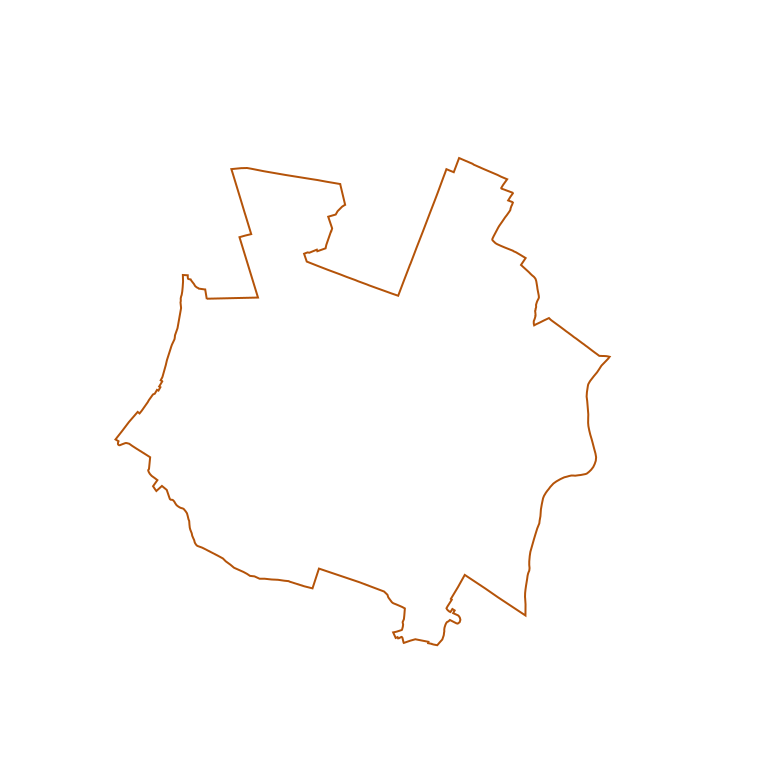 Hotarele, Giurgiu, Romania (orthographic projection), rotated 124°
{"feature_id": "2599482B11707962616548", "entity_name": "Hotarele", "entity_type": "district", "adm_level": 2, "iso_a3": "ROU", "parent_name": "Romania", "parent_adm1": "Giurgiu", "projection": "orthographic", "projection_center": [26.375, 44.157], "detail": "fine", "context": "isolated", "style": "outline", "palette": "amber", "viewbox_px": 768, "rotation_deg": 124, "n_neighbors": 0, "source": "geoboundaries", "source_scale": "gbopen_adm2", "svg_char_len": 6154}
<svg xmlns="http://www.w3.org/2000/svg" viewBox="0 0 768 768"><g transform="rotate(124 384 384)"><path d="M406.1,611.7L411.4,607.9L416.4,605.0L420.1,603.0L423.4,601.5L424.7,601.2L426.7,600.4L428.8,598.9L430.2,598.3L434.5,594.7L453.2,586.4L460.5,584.5L462.5,583.4L464.1,582.7L470.0,581.8L472.7,581.1L473.6,580.8L485.6,577.3L490.3,575.5L502.1,571.6L505.8,571.2L505.7,569.5L505.8,569.3L511.8,569.0L511.7,567.6L515.6,567.3L515.8,568.9L520.2,568.6L521.9,569.7L529.0,569.9L531.0,569.7L541.7,569.9L545.1,570.2L544.9,572.6L558.1,574.2L569.0,574.8L580.1,575.6L579.9,572.1L581.0,571.8L581.8,571.5L582.6,570.9L582.9,570.3L582.9,569.5L582.5,568.8L580.0,567.1L578.9,566.3L577.5,565.3L576.9,564.4L576.0,561.8L576.1,558.0L576.0,552.9L575.6,541.2L575.5,537.4L575.5,536.9L585.7,531.4L586.1,531.3L587.1,531.3L587.3,531.3L587.6,531.0L588.2,530.3L588.7,529.4L589.4,528.0L589.8,526.5L590.1,525.2L590.2,521.6L590.4,518.1L597.9,518.3L599.3,514.9L600.0,512.9L592.7,511.1L593.3,504.9L598.3,498.3L599.1,497.2L599.2,496.2L598.4,494.7L598.3,494.2L598.4,493.4L598.8,492.0L599.6,490.4L600.4,488.4L600.6,486.9L600.6,485.3L600.5,483.9L600.3,483.0L599.7,481.2L599.6,480.2L600.0,478.8L600.5,477.1L601.4,475.0L603.2,472.9L605.5,470.4L606.5,468.9L609.2,466.8L611.7,464.7L613.1,463.1L614.0,461.8L615.3,459.9L617.0,458.2L618.5,455.9L619.5,454.2L620.2,453.4L621.1,452.4L621.7,451.4L622.4,449.6L622.6,448.2L621.4,443.5L621.1,441.4L619.2,425.2L618.7,420.0L619.5,416.0L619.7,410.3L620.2,405.6L618.4,395.4L618.0,391.3L618.0,387.8L615.9,383.8L615.0,378.2L612.1,373.9L609.0,368.0L605.6,362.4L602.8,356.6L600.7,352.7L600.7,351.9L596.3,337.0L593.4,329.0L573.4,334.7L562.2,294.0L556.0,267.9L556.8,263.3L558.5,261.1L560.5,255.5L560.6,254.1L560.4,252.9L559.8,250.2L558.7,244.3L558.4,241.2L564.6,237.7L567.8,236.0L571.0,235.4L572.3,234.1L572.9,233.5L573.7,233.2L574.6,232.7L577.5,231.7L578.0,231.7L582.2,235.0L583.6,236.3L584.4,237.1L584.8,237.5L588.0,232.3L586.3,231.2L587.0,230.1L586.5,229.5L584.0,228.2L583.8,227.9L583.9,227.5L584.0,227.0L584.2,226.7L587.5,223.1L587.6,222.8L582.0,218.6L578.1,215.3L572.9,203.0L574.2,202.5L572.8,199.3L572.9,199.2L572.3,197.3L571.0,194.3L570.8,193.8L570.2,193.7L567.5,193.4L563.2,192.8L559.1,193.9L558.2,194.3L556.7,195.1L555.5,195.6L553.8,196.8L552.1,197.6L551.1,197.9L549.4,198.4L547.7,198.7L546.3,198.7L544.6,197.8L542.8,197.4L541.9,190.1L541.4,188.9L539.2,188.1L538.4,188.3L536.8,188.8L535.5,190.2L534.7,191.7L534.4,193.2L534.9,196.1L535.3,198.5L532.2,198.8L532.3,201.5L535.9,201.4L536.1,202.5L535.9,204.5L535.6,205.7L535.0,206.8L532.8,207.0L528.1,207.1L524.9,207.2L524.8,208.4L511.0,209.1L497.1,210.3L496.9,185.5L497.1,170.3L496.8,137.3L487.6,143.4L482.8,147.1L481.7,148.0L478.4,150.1L475.2,151.8L471.7,153.5L465.6,156.3L462.8,157.7L460.7,158.5L459.2,158.9L458.0,159.1L457.3,159.3L455.2,160.4L452.8,162.4L449.8,164.4L445.1,167.0L441.3,168.8L428.8,172.9L423.0,174.7L418.0,176.2L414.2,177.0L412.7,177.3L410.2,178.6L406.1,180.4L400.2,183.8L395.3,186.0L389.9,188.2L388.6,188.5L387.2,188.8L383.5,189.0L380.9,188.9L379.0,188.7L376.4,188.6L371.8,187.9L368.3,186.6L364.1,184.5L360.6,182.4L358.6,180.6L356.8,179.1L355.2,177.6L354.1,176.0L353.1,174.2L351.2,172.1L349.4,170.0L345.9,166.5L344.7,165.7L343.7,165.4L342.1,164.9L339.2,164.3L335.8,164.1L332.5,164.6L329.2,165.5L326.1,167.2L323.4,169.8L319.6,174.2L316.4,177.8L313.8,180.8L310.7,184.6L307.7,187.9L304.6,191.0L302.0,193.1L297.7,195.9L295.0,197.6L284.5,206.0L281.1,209.0L277.3,211.2L271.6,213.9L270.1,214.5L268.1,214.7L266.1,214.8L260.0,214.4L255.3,213.9L251.8,213.9L247.2,214.0L237.6,212.3L235.3,212.2L235.9,213.8L236.6,215.3L237.8,217.3L238.9,219.0L240.3,221.3L240.1,224.9L240.1,225.9L239.9,230.0L239.7,233.4L239.5,236.7L239.5,237.8L239.3,240.8L239.3,242.2L239.2,244.2L239.0,248.2L238.9,250.0L238.9,252.7L238.7,255.3L238.4,263.1L238.3,264.2L238.0,270.2L237.6,281.0L237.5,281.9L237.1,284.1L238.1,284.7L241.8,286.9L246.1,289.3L249.6,291.4L251.4,292.3L250.9,292.9L250.5,293.3L249.8,293.9L248.1,295.0L246.6,295.3L245.1,295.7L243.0,296.4L242.9,296.7L242.3,296.8L241.7,297.2L241.0,297.8L240.0,298.6L238.9,299.6L238.2,299.7L237.7,299.8L237.2,300.3L236.3,300.5L235.6,300.7L235.0,301.0L234.3,301.5L233.8,301.9L233.4,302.2L231.2,302.9L230.1,303.2L229.0,303.4L227.9,303.5L227.0,303.6L225.8,303.9L225.2,304.3L224.1,305.2L222.9,306.4L219.3,310.0L217.8,311.3L214.3,314.6L213.4,315.5L212.4,316.8L212.0,317.4L211.8,318.0L211.4,319.3L211.3,319.7L211.1,322.0L210.7,324.4L210.4,325.7L210.2,326.8L208.7,337.0L207.3,337.0L205.6,337.0L200.4,337.0L200.7,343.3L200.8,345.0L201.0,348.2L201.5,350.9L201.4,351.6L203.3,360.2L204.1,364.3L204.8,368.4L204.9,370.4L204.2,374.3L203.7,375.0L203.0,375.3L200.5,375.7L190.3,376.8L188.4,376.9L182.7,376.8L179.4,376.8L178.2,376.8L175.3,376.6L170.7,376.5L169.0,376.6L167.8,377.2L165.2,377.9L164.0,378.0L161.5,378.6L161.4,379.4L162.4,383.7L157.7,383.9L155.0,383.8L153.8,383.8L153.5,384.4L156.3,395.8L156.0,396.4L152.4,396.6L145.4,396.4L146.7,403.0L147.2,406.9L150.0,421.3L152.0,432.4L151.9,433.5L154.2,445.5L154.7,448.1L169.4,444.6L170.3,448.9L171.0,452.4L174.9,451.4L179.2,450.4L195.5,446.4L203.6,444.5L215.9,441.7L236.0,437.0L252.5,433.3L260.1,431.5L270.0,429.2L270.4,429.2L272.9,428.6L287.2,425.3L302.9,421.6L304.8,428.7L306.0,433.5L308.0,441.4L308.9,444.9L310.6,451.7L311.0,453.7L313.3,463.0L313.9,466.0L316.2,475.2L317.6,481.5L320.7,494.2L321.7,498.6L323.1,504.7L324.2,509.7L325.7,516.5L320.7,523.1L317.7,521.0L316.9,519.3L310.2,514.8L311.2,513.5L304.2,508.3L301.0,509.6L287.1,513.3L287.0,513.1L284.0,514.0L276.5,523.8L270.5,518.8L266.7,519.1L260.4,517.9L258.1,516.9L257.2,516.4L243.7,531.1L242.7,532.1L248.5,544.9L252.1,553.2L254.6,558.5L265.8,582.6L274.7,602.4L279.8,614.5L281.5,618.3L285.0,623.2L291.2,630.7L293.9,627.3L312.4,604.5L320.0,595.2L321.5,593.3L334.0,577.9L338.6,582.1L343.1,585.9L382.8,536.8L412.4,578.6L412.7,578.4L405.6,585.1L405.8,585.4L408.5,590.9L408.4,591.3L408.4,591.8L408.5,592.4L408.6,593.2L408.5,594.3L408.5,594.7L408.4,595.2L408.2,595.8L407.4,597.4L406.3,600.8L405.8,602.1L405.4,602.8L405.9,603.7L406.2,604.5L406.3,604.9L406.3,605.1L406.3,605.3L406.2,605.4L406.0,605.7L405.6,606.1L403.6,607.5L405.1,610.0L406.1,611.7Z" fill="none" stroke="#b45309" stroke-width="2"/></g></svg>